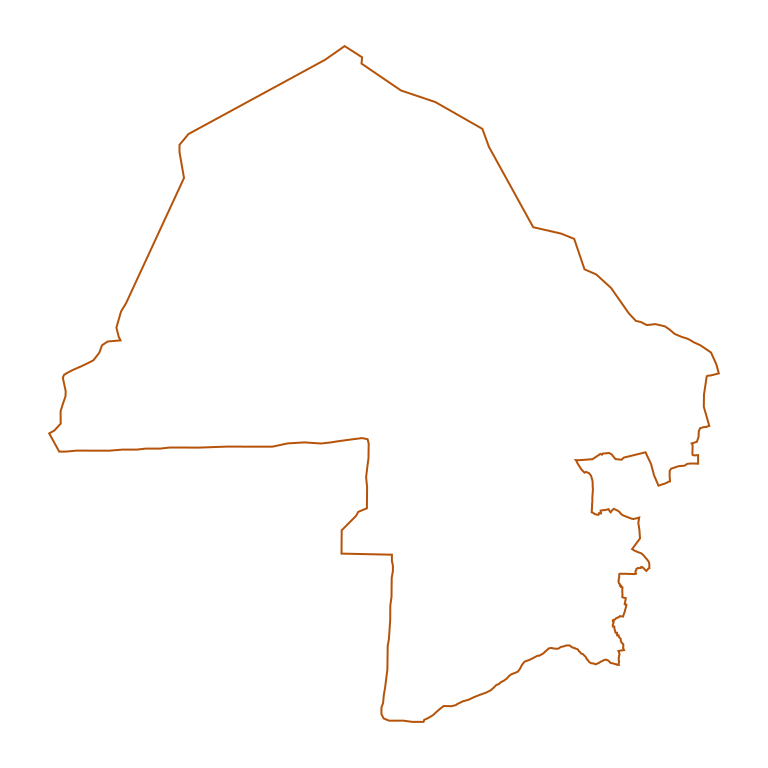 the district of Ido, Oyo, Nigeria
{"feature_id": "59680162B23843497952419", "entity_name": "Ido", "entity_type": "district", "adm_level": 2, "iso_a3": "NGA", "parent_name": "Nigeria", "parent_adm1": "Oyo", "projection": "orthographic", "projection_center": [3.812, 7.476], "detail": "fine", "context": "isolated", "style": "outline", "palette": "amber", "viewbox_px": 768, "rotation_deg": 0, "n_neighbors": 0, "source": "geoboundaries", "source_scale": "gbopen_adm2", "svg_char_len": 6055}
<svg xmlns="http://www.w3.org/2000/svg" viewBox="0 0 768 768"><path d="M59.2,451.6L65.8,451.6L76.9,450.6L109.1,450.7L122.4,449.6L136.8,449.6L145.7,448.6L160.1,448.6L170.1,447.5L199.0,447.6L226.7,446.6L272.2,446.7L287.7,443.4L304.4,442.4L321.0,443.5L331.0,442.4L337.7,441.3L353.2,439.2L362.1,438.1L367.6,439.2L368.7,443.7L368.5,458.2L367.3,467.1L366.1,477.2L367.1,487.2L366.9,508.3L358.2,511.9L356.1,515.8L341.7,530.3L341.5,553.6L391.9,554.7L391.9,561.0L392.9,565.5L392.9,571.1L391.7,577.8L391.5,596.7L390.3,605.7L390.2,620.2L388.9,639.2L387.7,645.9L387.4,669.3L385.0,688.3L383.8,695.0L383.1,703.0L381.5,707.3L381.4,714.0L383.6,718.4L389.1,720.7L403.6,720.7L412.4,721.9L423.5,721.9L424.3,719.7L425.8,719.2L429.3,717.4L433.2,715.0L435.8,712.5L440.5,708.4L443.8,706.0L451.6,706.2L455.8,705.1L457.7,703.8L463.6,701.0L465.3,700.7L469.2,699.5L473.2,697.5L479.4,695.0L485.9,692.7L490.7,690.3L493.9,687.5L496.0,685.3L497.3,684.6L498.8,684.1L500.6,682.4L501.8,681.7L503.7,680.8L506.6,678.7L508.1,677.1L509.2,675.8L511.5,674.2L515.0,672.9L517.9,671.6L520.2,668.4L522.0,664.8L524.6,661.6L529.9,659.7L537.6,655.7L539.1,655.8L543.2,653.5L545.4,651.4L546.9,650.2L548.8,648.3L549.6,648.3L551.2,647.9L553.2,648.4L554.4,648.6L555.5,648.6L557.4,648.8L558.5,648.5L559.6,647.8L559.9,647.5L560.4,647.3L561.2,646.8L562.8,646.6L564.9,646.0L566.3,645.5L566.9,645.4L568.2,645.5L569.2,645.4L570.0,645.6L570.6,646.3L572.2,647.4L573.1,647.6L574.6,648.2L575.0,648.2L575.8,648.7L577.8,649.4L578.4,650.2L578.8,651.1L580.1,652.1L580.7,653.1L581.2,653.5L581.9,653.9L582.7,654.0L583.2,654.3L584.1,655.5L584.7,655.9L585.6,656.8L586.0,657.7L586.5,658.2L586.9,659.2L587.2,659.6L587.9,660.1L588.3,660.8L589.2,662.0L590.2,662.6L590.9,663.2L592.3,663.3L592.9,663.5L593.7,663.5L594.4,663.7L594.8,664.0L595.4,664.3L595.9,664.3L598.3,663.1L599.2,662.8L600.6,661.7L601.1,661.5L601.8,661.3L602.6,660.9L603.6,660.2L604.9,659.8L606.0,659.6L606.6,659.8L607.1,660.2L607.5,660.2L608.3,660.6L609.2,661.4L609.9,662.3L610.9,663.1L611.5,663.1L612.0,663.2L612.6,663.2L613.8,663.6L614.2,663.9L616.5,664.3L617.3,664.9L617.7,665.0L618.8,664.8L618.6,664.5L618.7,663.4L618.8,663.1L618.9,662.3L619.1,661.7L619.1,661.4L618.7,660.4L618.7,659.8L618.8,659.0L618.8,658.1L618.7,657.6L618.8,657.3L619.0,656.8L619.1,656.4L619.0,655.8L619.1,655.5L619.5,654.9L619.5,654.4L619.3,653.4L618.9,652.3L619.0,651.7L618.9,651.4L618.5,651.0L619.3,650.8L619.6,650.8L620.2,650.6L620.6,650.6L621.2,650.5L624.0,650.1L623.1,648.1L623.0,647.8L623.3,647.1L623.4,646.3L623.3,645.9L623.2,645.4L623.3,644.2L621.5,642.5L621.1,641.6L620.8,641.0L620.8,639.6L620.6,638.7L620.3,638.3L619.7,637.8L618.9,636.9L618.8,636.7L618.7,635.6L618.7,635.4L617.1,635.3L617.1,632.8L615.6,632.8L615.5,632.7L615.2,631.2L615.0,630.3L614.6,629.5L614.5,629.1L614.3,626.6L613.1,626.7L612.9,626.1L612.7,625.5L612.8,624.8L613.4,622.9L613.7,621.9L613.7,621.7L612.9,621.4L612.9,620.6L612.9,620.2L615.1,619.5L615.9,618.4L616.3,618.1L616.9,618.0L617.7,617.5L618.6,617.3L619.0,616.9L619.5,616.7L619.8,616.2L620.3,616.3L620.5,616.2L620.8,616.2L621.3,616.4L621.7,616.4L622.4,616.4L623.1,616.5L623.5,615.0L624.7,611.7L625.0,610.6L625.9,607.1L626.0,606.2L626.4,605.3L626.5,604.9L626.4,604.6L626.0,604.6L624.7,604.3L625.1,601.7L625.5,600.2L625.8,598.2L623.8,597.7L622.4,597.3L622.3,597.1L622.3,596.5L622.5,595.1L622.3,591.6L622.4,587.2L621.4,587.0L621.1,587.0L621.1,585.9L621.1,585.7L619.9,585.6L620.0,584.3L619.0,583.3L618.6,582.2L618.5,581.6L618.6,581.2L618.5,580.9L618.8,580.0L618.7,579.4L618.9,578.5L619.1,577.9L619.2,577.2L619.2,574.8L619.4,574.2L619.5,573.8L620.4,573.7L621.2,573.8L622.2,573.7L622.7,573.8L625.5,573.8L632.5,574.0L633.3,574.1L634.8,574.0L635.3,573.9L635.8,573.9L636.0,573.7L635.9,573.1L635.7,572.5L635.4,571.9L635.4,571.6L635.5,570.9L636.3,570.0L636.4,568.9L637.0,568.7L637.7,568.0L638.1,568.1L638.3,568.2L638.5,568.2L639.8,568.0L640.7,568.0L640.9,567.8L640.9,567.6L640.7,567.3L640.8,567.2L641.0,567.2L641.6,567.3L641.8,567.3L642.1,567.0L643.3,567.9L645.6,570.3L646.4,570.9L647.8,569.3L648.1,568.8L649.1,568.2L649.4,568.2L649.5,568.1L649.3,567.2L649.3,565.9L649.3,563.8L648.8,562.0L648.1,560.8L643.6,555.4L641.4,553.4L637.1,551.8L634.1,550.4L632.1,549.1L640.0,538.4L639.4,529.9L638.3,522.9L639.2,517.5L636.6,518.3L633.4,519.0L632.0,518.8L629.5,517.9L623.1,515.4L621.0,514.0L619.6,512.1L618.4,511.1L616.8,510.2L615.1,509.5L613.9,508.8L612.7,509.7L611.6,511.0L610.7,512.3L609.8,511.5L608.6,509.2L604.9,510.1L602.6,510.2L600.6,510.6L601.0,513.4L599.1,513.1L598.5,514.8L597.1,514.7L594.7,514.0L592.9,512.7L591.7,512.3L592.1,505.6L592.1,503.9L592.4,501.0L592.3,498.2L592.9,489.7L592.7,486.3L592.6,481.4L591.1,475.8L589.1,473.2L586.0,471.9L584.6,472.7L581.4,469.5L577.5,463.3L576.6,461.2L575.8,460.1L579.0,460.2L592.5,459.2L600.4,453.9L601.9,454.7L602.7,453.6L609.1,453.0L611.6,454.3L615.5,459.1L621.6,459.7L623.8,457.6L645.5,452.3L651.0,463.9L654.0,475.2L658.5,485.7L663.0,484.1L664.1,483.9L665.6,483.2L667.0,482.7L668.0,481.9L670.0,481.4L669.6,475.4L669.7,471.0L671.1,468.7L678.9,466.1L684.5,465.7L687.2,463.9L690.6,463.5L693.7,463.5L698.1,463.7L698.1,455.1L695.6,455.3L693.3,455.3L692.7,455.0L692.5,454.6L692.4,454.0L692.6,446.4L692.5,444.7L691.7,443.4L696.9,441.8L698.6,436.7L698.6,435.0L698.8,431.1L700.2,428.1L701.6,427.8L703.6,427.1L706.3,427.0L707.1,426.5L709.3,425.9L703.8,406.8L704.0,394.2L704.2,393.2L706.7,376.4L707.4,375.8L711.0,375.4L718.8,373.4L716.3,364.2L711.0,352.5L700.2,345.2L693.6,342.2L689.9,339.9L687.1,338.6L681.7,336.9L674.6,333.9L669.4,329.4L664.8,326.3L655.3,324.1L646.9,325.1L640.8,322.0L635.9,320.9L629.0,313.6L611.0,287.9L596.3,274.5L584.5,269.3L574.2,238.9L561.1,233.6L533.2,227.2L488.9,146.8L482.4,128.9L435.4,102.1L401.0,90.5L361.5,63.6L362.1,57.3L344.6,46.1L325.2,59.7L188.5,134.0L179.5,144.8L179.5,152.1L184.0,178.0L126.1,303.1L121.0,311.6L116.4,327.6L118.7,336.7L120.5,340.4L107.7,341.5L102.0,345.3L99.3,352.7L93.4,360.3L88.2,363.0L81.9,366.0L72.3,370.2L66.7,373.2L64.1,374.8L62.8,377.7L65.7,391.2L65.5,396.4L62.9,403.8L60.6,411.2L60.7,423.6L54.4,430.5L49.2,433.4L59.2,451.6Z" fill="none" stroke="#b45309" stroke-width="2"/></svg>